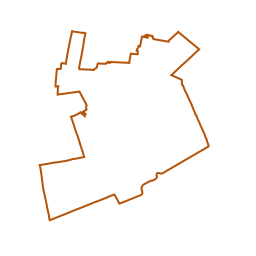 the district of Valea Mare, Olt, Romania, rotated 188°
{"feature_id": "2599482B3118512765099", "entity_name": "Valea Mare", "entity_type": "district", "adm_level": 2, "iso_a3": "ROU", "parent_name": "Romania", "parent_adm1": "Olt", "projection": "robinson", "projection_center": [24.453, 44.454], "detail": "fine", "context": "isolated", "style": "outline", "palette": "amber", "viewbox_px": 256, "rotation_deg": 188, "n_neighbors": 0, "source": "geoboundaries", "source_scale": "gbopen_adm2", "svg_char_len": 5627}
<svg xmlns="http://www.w3.org/2000/svg" viewBox="0 0 256 256"><g transform="rotate(188 128 128)"><path d="M205.3,62.6L203.9,57.6L203.4,56.2L203.2,55.2L202.9,54.3L202.0,52.1L198.2,41.7L197.8,40.4L196.7,37.2L194.2,30.5L193.8,29.0L192.8,26.0L192.7,25.8L191.0,26.7L188.8,28.0L185.6,29.8L178.2,34.0L175.2,35.8L166.7,40.7L162.2,43.2L150.0,50.2L146.8,51.9L141.7,54.8L141.1,55.2L140.5,55.4L139.8,55.8L139.6,56.0L137.1,57.6L135.7,58.4L132.3,60.2L132.2,60.2L125.9,51.9L105.9,63.4L105.5,63.7L105.3,63.9L104.9,64.4L104.8,64.8L104.7,65.0L104.7,65.5L104.8,66.3L106.0,69.3L106.1,69.6L106.2,70.2L106.3,70.5L106.3,71.0L106.2,71.5L106.0,72.1L105.7,72.8L105.5,73.1L105.2,73.5L104.6,74.2L99.8,77.8L99.5,78.0L98.9,78.3L98.4,78.6L97.5,79.1L97.0,79.2L96.5,79.4L96.2,79.5L95.1,80.1L94.8,80.3L94.6,80.5L93.4,81.8L93.0,82.2L92.8,82.6L92.6,83.0L92.6,83.3L92.6,83.8L92.7,84.2L93.2,85.4L93.3,85.9L93.3,86.1L93.2,86.5L93.0,86.9L92.8,87.1L92.7,87.3L92.3,87.5L92.2,87.6L91.8,87.6L91.6,87.6L90.9,87.6L89.2,87.5L88.9,87.5L88.5,87.6L88.2,87.7L87.7,87.9L87.1,88.2L86.6,88.6L85.7,89.4L84.2,90.6L45.6,121.0L45.9,121.7L46.0,122.2L46.4,123.1L47.6,125.3L48.4,127.2L48.7,127.7L49.0,128.5L49.5,128.9L50.5,130.6L51.1,132.0L51.7,133.2L53.5,135.9L54.4,137.3L56.3,140.1L57.7,142.7L59.9,146.1L61.2,148.3L61.8,149.3L62.3,150.3L63.0,150.7L62.9,150.8L63.9,152.6L64.1,153.0L64.7,153.8L66.4,156.6L67.3,158.3L67.6,158.6L68.4,160.3L69.0,161.2L69.8,162.3L70.6,163.5L72.3,166.2L73.5,168.0L75.1,170.6L76.7,172.8L77.7,174.5L79.3,177.5L79.7,178.1L80.6,178.4L81.4,183.2L92.4,186.4L92.2,186.6L85.0,195.6L84.5,196.1L84.3,196.5L84.2,196.7L83.9,197.1L83.4,197.6L83.0,198.1L82.5,198.6L75.0,207.7L74.4,208.5L71.9,211.6L71.2,212.5L70.5,213.5L69.3,214.8L68.8,215.6L68.5,215.9L82.3,224.3L86.6,227.0L89.5,228.8L91.7,230.2L92.5,228.9L92.8,228.5L94.0,227.2L94.9,226.2L96.0,224.8L96.1,224.6L99.8,220.2L100.1,219.7L100.2,219.3L100.1,219.1L100.3,219.1L103.7,219.2L104.8,219.3L105.6,219.3L105.8,219.3L112.9,219.5L114.3,219.6L115.1,219.7L115.4,219.8L115.5,220.2L115.5,220.4L115.6,220.6L116.0,221.3L116.2,222.1L117.5,222.1L117.4,222.6L122.4,223.0L122.7,222.6L123.0,222.2L123.5,221.9L124.1,221.9L124.6,221.7L124.7,221.3L124.4,221.1L123.8,221.1L122.9,221.3L122.5,221.4L122.1,221.7L121.7,222.1L121.4,222.2L121.1,222.0L120.9,221.8L120.9,221.6L121.0,221.3L121.2,221.1L121.3,220.8L121.1,220.3L121.1,220.1L121.9,220.2L123.4,220.3L126.8,220.5L127.1,216.5L127.2,213.5L127.4,210.5L127.6,210.4L128.1,210.6L129.0,210.7L129.0,210.2L129.1,209.5L129.1,209.3L129.2,208.9L129.6,208.0L129.9,207.6L130.2,205.7L129.1,205.7L128.8,204.0L128.6,202.5L128.7,202.4L129.6,202.3L131.7,202.1L132.9,202.1L135.5,202.1L135.9,194.6L135.8,193.6L135.7,192.9L135.7,192.7L155.7,190.8L154.7,190.2L154.9,190.0L155.1,190.0L156.9,189.8L157.8,189.7L158.3,189.6L158.7,189.1L158.7,188.9L158.8,188.5L159.8,188.4L164.4,187.9L165.9,187.9L166.8,187.7L167.1,187.2L167.1,185.6L167.4,183.6L167.6,183.1L167.9,182.9L169.6,181.5L169.8,181.3L169.8,181.2L169.8,180.8L169.9,180.7L170.0,180.7L170.4,180.6L172.2,180.6L173.1,180.6L176.8,180.2L178.1,180.0L183.9,179.5L184.3,179.5L184.7,180.4L184.9,180.8L184.9,181.2L184.7,181.7L184.7,184.0L184.6,185.1L184.4,189.4L184.1,193.0L184.1,194.6L183.7,205.6L183.8,207.4L183.8,208.3L183.7,211.0L183.5,212.9L183.3,215.6L183.4,215.9L183.6,216.1L183.9,216.2L184.4,216.2L184.7,216.2L185.0,216.1L185.3,216.1L185.5,216.0L185.9,215.9L186.3,215.8L188.2,215.9L191.1,215.9L195.1,215.9L196.2,216.0L196.5,216.0L196.8,216.1L197.4,208.8L198.3,192.6L198.5,184.8L198.5,182.9L200.3,183.1L202.0,183.1L202.8,182.9L203.0,182.3L203.0,180.8L202.8,177.2L205.3,176.8L206.5,176.5L206.6,176.4L206.4,170.7L206.1,167.0L206.0,162.8L205.5,159.0L202.8,159.6L202.8,159.2L203.0,159.0L203.0,157.8L202.3,151.3L199.0,152.3L197.6,152.7L194.5,153.5L189.7,154.9L181.1,157.3L181.0,157.1L179.9,155.6L176.7,151.2L176.4,150.9L175.5,149.4L174.4,148.1L173.9,147.4L173.8,147.1L173.2,146.5L173.0,146.2L172.9,146.0L172.8,145.8L172.7,145.7L172.4,145.3L172.2,145.0L172.2,144.7L172.3,144.5L172.2,144.4L172.4,143.3L172.4,143.2L172.4,142.9L172.3,142.6L172.2,142.3L172.2,141.9L172.2,141.7L172.1,141.2L171.9,140.8L171.8,140.6L171.6,140.4L171.7,140.2L172.8,139.4L173.1,139.1L173.8,138.6L174.4,138.1L174.7,137.9L174.9,137.8L174.9,137.7L174.6,137.3L173.7,136.9L173.3,136.7L172.8,136.5L172.0,136.0L172.1,135.9L172.7,135.4L172.6,135.2L172.5,134.9L172.6,134.7L172.4,134.1L172.4,133.7L172.7,133.9L172.9,134.0L173.1,134.2L173.4,134.5L173.6,134.7L173.8,135.0L174.2,135.4L174.7,135.4L174.8,135.4L175.1,135.2L175.5,135.5L175.8,135.8L176.2,136.3L176.6,136.6L176.9,136.9L177.0,137.0L177.3,137.0L177.4,136.8L177.9,136.3L178.4,135.8L179.3,135.2L180.7,134.0L181.1,133.9L181.5,133.7L182.1,133.2L182.9,132.7L183.3,132.3L184.2,132.1L185.0,131.7L185.3,131.6L186.0,131.2L185.1,129.4L184.8,128.8L184.3,127.9L182.9,125.1L182.0,123.2L181.2,121.6L181.0,121.1L178.4,115.9L178.1,115.3L177.8,114.8L177.1,113.9L176.7,113.1L176.1,111.7L175.9,111.2L175.7,110.8L174.4,108.1L174.2,107.6L174.0,107.1L173.1,105.3L172.6,104.1L172.1,103.2L171.6,102.3L171.4,101.8L171.2,101.3L170.6,100.0L170.1,99.1L169.3,97.6L169.0,96.8L168.7,96.1L168.1,94.8L167.8,93.9L167.4,93.1L167.9,92.9L168.6,92.7L169.4,92.5L172.5,91.3L177.2,89.8L177.8,89.8L178.3,89.6L179.7,89.0L180.2,88.7L180.4,88.5L181.1,88.2L182.5,87.8L183.0,87.5L183.7,87.2L185.9,86.4L186.1,86.4L186.3,86.4L186.5,86.3L188.5,85.7L190.5,85.1L190.9,85.0L193.5,84.1L194.6,84.0L194.8,83.8L195.5,83.6L197.4,83.1L198.4,82.8L202.3,81.4L209.0,79.4L210.4,78.9L210.0,78.2L209.6,77.2L208.6,74.6L208.6,74.2L208.1,72.6L207.8,71.4L207.1,69.3L206.9,68.6L206.7,67.9L206.3,66.4L206.1,65.8L206.1,65.2L206.0,64.9L205.5,63.3L205.3,62.6Z" fill="none" stroke="#b45309" stroke-width="2"/></g></svg>